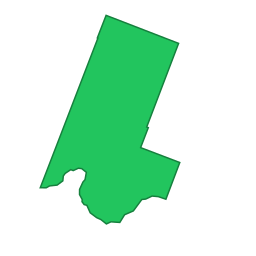 Ellis, Oklahoma, United States of America, rotated 21°
{"feature_id": "52423323B61060611937313", "entity_name": "Ellis", "entity_type": "district", "adm_level": 2, "iso_a3": "USA", "parent_name": "United States of America", "parent_adm1": "Oklahoma", "projection": "equal_earth", "projection_center": [-99.742, 36.218], "detail": "fine", "context": "isolated", "style": "filled", "palette": "green", "viewbox_px": 256, "rotation_deg": 21, "n_neighbors": 0, "source": "geoboundaries", "source_scale": "gbopen_adm2", "svg_char_len": 676}
<svg xmlns="http://www.w3.org/2000/svg" viewBox="0 0 256 256"><g transform="rotate(21 128 128)"><path d="M67.2,30.7L67.1,54.9L67.7,54.9L67.6,169.8L67.5,215.2L73.1,213.1L75.5,210.2L82.3,206.7L86.1,200.7L84.8,196.0L85.6,192.9L89.5,187.4L92.1,187.4L96.1,183.3L99.4,182.5L105.0,184.3L106.4,191.6L105.3,194.6L104.8,202.7L106.6,207.5L110.9,211.2L111.5,213.3L114.5,215.2L117.3,214.9L123.1,220.7L130.8,222.9L135.6,223.2L142.2,225.3L145.7,221.7L154.2,219.1L155.9,210.2L162.7,203.5L166.5,189.8L170.0,188.0L174.9,182.9L180.9,181.2L188.9,180.9L188.7,141.7L146.8,141.8L146.8,120.4L145.1,120.4L144.9,37.9L144.9,30.9L67.2,30.7Z" fill="#22c55e" stroke="#15803d" stroke-width="1.5"/></g></svg>